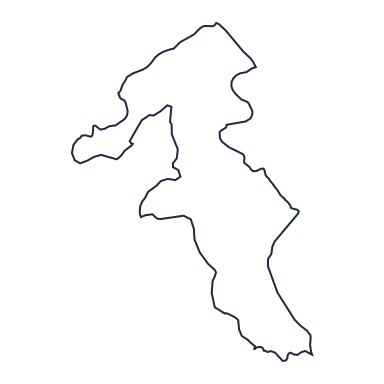 the border of Ardebil
{"feature_id": "IRN-3230", "entity_name": "Ardebil", "entity_type": "Province", "adm_level": 1, "iso_a3": "IRN", "parent_name": "Iran", "parent_adm1": "", "projection": "mercator", "projection_center": [47.857, 38.431], "detail": "fine", "context": "isolated", "style": "outline", "palette": "slate", "viewbox_px": 384, "rotation_deg": 0, "n_neighbors": 0, "source": "natural_earth", "source_scale": "10m", "svg_char_len": 2770}
<svg xmlns="http://www.w3.org/2000/svg" viewBox="0 0 384 384"><path d="M216.2,23.0L217.6,23.4L219.6,24.8L226.0,30.8L243.4,51.7L250.5,58.3L253.4,62.3L255.8,67.2L254.7,67.5L252.0,68.4L246.5,72.1L240.0,73.4L236.5,75.2L233.5,78.1L231.6,81.9L231.4,86.5L232.8,90.1L235.3,93.7L241.3,99.4L247.2,101.9L248.7,103.4L251.9,110.1L252.4,111.8L252.4,113.7L251.9,115.5L251.1,117.3L250.1,118.7L245.8,121.4L226.7,124.8L226.3,125.6L226.3,126.6L226.0,127.5L220.6,130.9L219.6,132.4L219.9,137.9L222.0,141.7L228.7,147.1L242.4,153.9L243.7,155.0L244.0,156.1L244.5,158.0L244.1,160.6L244.3,162.9L249.3,166.9L250.9,169.3L252.8,171.1L256.0,171.2L261.2,168.7L263.7,168.7L264.9,171.6L265.6,175.1L266.9,176.9L268.6,178.4L270.3,181.1L272.0,183.0L273.6,185.2L276.1,188.5L277.5,190.2L280.3,194.9L283.6,198.1L284.2,198.2L284.8,199.5L288.1,202.5L290.2,205.3L290.8,207.8L293.3,208.8L297.2,209.7L298.8,211.4L297.9,213.8L274.5,241.7L272.3,246.8L271.4,253.8L268.1,258.9L267.9,266.1L277.4,292.5L294.6,319.7L300.4,325.6L307.0,330.8L310.5,335.3L310.6,339.0L310.1,344.7L311.0,351.5L312.1,354.7L305.1,351.0L301.5,352.1L297.4,354.9L293.7,354.4L290.7,352.7L288.7,353.5L287.5,355.8L287.4,358.0L286.1,360.3L282.8,361.0L275.1,352.7L270.8,351.1L267.8,352.0L266.4,351.5L265.0,350.7L264.0,350.8L262.5,347.8L261.1,347.0L257.5,347.2L256.0,347.8L255.0,348.9L254.3,348.9L254.8,346.9L255.0,346.2L250.3,342.4L248.1,340.1L241.8,335.9L239.1,329.5L238.2,320.1L235.5,317.6L227.9,313.7L225.5,313.2L224.9,313.6L214.8,307.3L211.7,293.0L212.6,281.1L214.9,276.1L216.0,272.4L214.9,270.1L208.0,263.7L199.8,252.5L194.5,239.5L193.9,229.0L190.8,219.3L183.6,215.7L160.3,219.1L157.3,218.6L155.8,217.5L152.5,214.3L145.9,215.1L140.9,217.1L139.7,213.0L140.2,206.2L142.3,201.4L145.0,198.0L148.2,191.8L156.5,185.7L160.9,181.0L167.9,178.9L175.4,180.1L180.4,176.7L178.4,170.2L173.0,167.1L172.9,163.4L176.8,158.2L177.8,149.3L171.8,134.3L171.6,124.3L170.0,122.0L171.4,106.8L167.3,105.3L160.6,111.2L153.6,115.5L149.4,115.1L141.6,120.4L129.7,141.1L131.1,143.3L132.7,143.9L131.4,145.6L124.9,150.5L121.0,155.8L116.7,159.3L101.1,154.9L94.3,156.8L87.2,160.7L80.1,163.3L74.8,160.3L71.9,153.1L73.5,144.8L77.7,139.3L80.5,137.7L81.6,135.7L85.4,135.3L90.9,136.7L92.3,135.4L93.1,131.7L93.1,127.8L93.4,125.8L95.5,125.7L100.3,129.6L104.9,128.7L109.0,126.3L115.5,125.4L124.5,119.2L126.6,116.3L127.3,113.9L127.7,111.2L125.8,103.1L124.3,100.4L121.1,98.8L119.6,97.2L119.5,95.8L119.1,95.6L118.3,92.9L119.0,92.5L120.1,91.2L120.7,90.2L122.4,85.2L126.2,79.1L126.5,77.8L127.5,76.7L132.5,73.6L142.8,69.6L144.0,68.9L147.1,67.1L150.6,63.6L155.7,56.9L159.1,54.1L163.5,51.7L170.7,49.2L173.0,48.9L174.4,48.0L179.9,42.4L181.7,41.3L194.2,34.3L198.6,29.7L200.3,28.1L202.3,26.7L204.7,26.0L212.6,26.2L213.9,25.8L215.0,24.8L216.2,23.0Z" fill="none" stroke="#1e293b" stroke-width="2"/></svg>